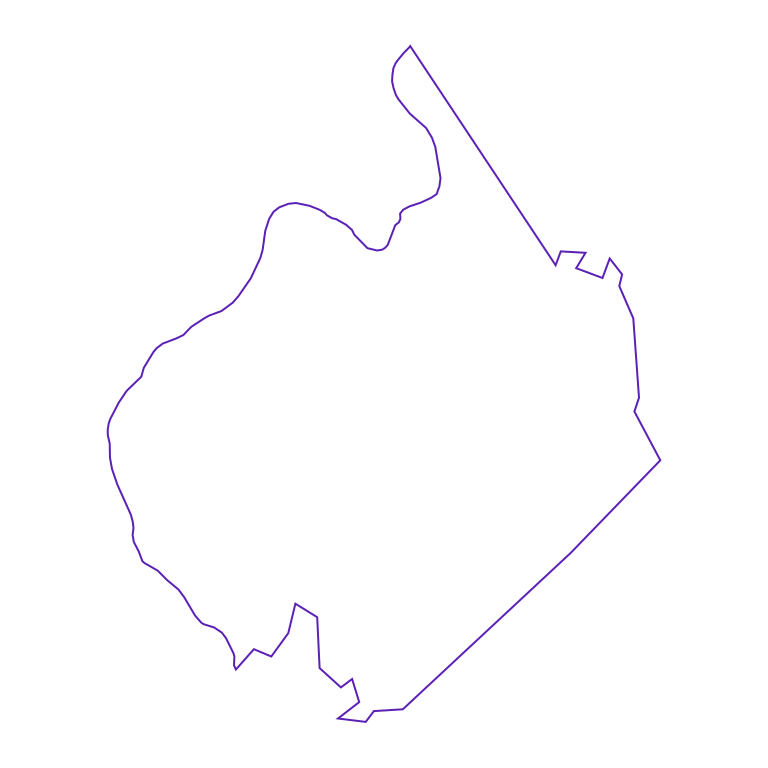 Union, Kentucky, United States of America
{"feature_id": "52423323B17391793858856", "entity_name": "Union", "entity_type": "district", "adm_level": 2, "iso_a3": "USA", "parent_name": "United States of America", "parent_adm1": "Kentucky", "projection": "robinson", "projection_center": [-88.002, 37.687], "detail": "fine", "context": "isolated", "style": "outline", "palette": "violet", "viewbox_px": 768, "rotation_deg": 0, "n_neighbors": 0, "source": "geoboundaries", "source_scale": "gbopen_adm2", "svg_char_len": 1568}
<svg xmlns="http://www.w3.org/2000/svg" viewBox="0 0 768 768"><path d="M235.9,669.5L253.9,649.2L271.3,656.5L288.3,633.1L295.4,603.7L317.2,617.2L319.6,668.1L340.9,687.4L352.1,679.0L359.2,702.1L338.0,718.5L365.7,721.9L373.9,711.1L402.8,709.3L570.7,552.9L660.3,460.3L634.4,411.5L639.0,397.7L633.3,318.4L619.3,286.1L622.1,274.4L609.7,258.5L602.5,278.0L576.2,268.2L585.5,252.8L560.8,251.4L555.6,265.2L410.2,46.1L409.3,47.3L403.7,53.0L397.6,60.4L395.6,63.2L393.4,68.2L392.4,75.0L392.1,81.5L393.5,88.0L395.9,94.9L398.4,99.2L409.9,113.7L426.1,128.0L432.0,137.8L435.3,146.9L440.5,178.1L439.4,186.4L436.6,194.1L431.0,197.9L420.6,202.7L409.7,206.3L403.2,209.7L400.1,213.6L400.4,218.9L398.9,222.3L395.3,225.1L387.7,245.0L385.1,247.8L382.4,249.6L377.2,250.5L367.5,248.2L354.2,234.6L352.2,230.2L346.3,224.9L335.9,219.0L332.3,218.3L327.1,215.4L324.6,212.7L319.4,209.7L309.5,205.8L296.0,203.0L288.4,203.8L279.3,207.3L273.5,211.8L269.2,218.8L265.3,230.7L262.6,250.0L260.4,257.8L250.8,278.3L238.3,296.3L232.8,302.6L221.5,311.0L209.3,315.5L204.1,318.4L191.3,326.8L183.4,335.0L176.6,338.3L162.7,343.6L156.7,348.1L153.3,352.2L143.8,367.8L141.3,376.7L126.8,390.7L118.8,402.5L110.2,419.1L108.7,423.4L107.7,430.0L107.8,435.2L109.7,443.4L110.0,457.8L112.0,469.0L117.4,484.7L130.9,514.8L132.8,522.0L133.5,528.1L132.6,535.0L133.8,541.9L138.8,551.6L142.4,561.2L144.7,563.2L157.8,570.7L167.1,580.1L178.5,589.6L184.2,597.2L195.1,615.6L201.3,622.7L203.7,624.2L214.2,627.5L221.8,632.6L226.0,638.1L233.4,653.1L234.4,656.6L234.0,665.2L235.9,669.5Z" fill="none" stroke="#5b21b6" stroke-width="2"/></svg>